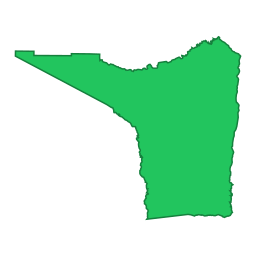 San Javier, Córdoba, Argentina (orthographic projection)
{"feature_id": "61730980B55835159827036", "entity_name": "San Javier", "entity_type": "district", "adm_level": 2, "iso_a3": "ARG", "parent_name": "Argentina", "parent_adm1": "Córdoba", "projection": "orthographic", "projection_center": [-65.109, -32.093], "detail": "fine", "context": "isolated", "style": "filled", "palette": "green", "viewbox_px": 256, "rotation_deg": 0, "n_neighbors": 0, "source": "geoboundaries", "source_scale": "gbopen_adm2", "svg_char_len": 5863}
<svg xmlns="http://www.w3.org/2000/svg" viewBox="0 0 256 256"><path d="M240.6,56.2L240.2,56.0L240.1,55.4L239.3,55.0L238.6,53.9L235.1,52.7L234.2,51.8L233.3,51.6L232.2,50.9L231.5,50.1L230.9,48.6L229.8,48.1L228.8,46.7L228.5,45.6L226.7,44.5L224.6,42.5L222.3,41.4L220.2,39.6L219.7,39.5L219.4,38.8L219.6,37.7L219.4,37.3L218.5,36.8L217.4,37.9L217.4,38.7L216.0,38.8L215.8,39.2L215.9,39.4L215.8,39.5L214.7,38.9L214.3,38.9L213.5,38.6L214.0,39.5L213.9,40.1L213.6,39.9L213.4,39.5L213.2,39.5L213.1,40.0L212.9,39.9L212.5,40.1L212.4,40.4L212.8,40.9L212.5,41.4L212.2,41.3L212.0,41.5L211.3,41.1L210.7,41.2L210.6,41.6L210.9,41.4L211.4,41.6L211.9,42.1L211.9,42.4L211.5,42.8L211.9,43.3L211.8,43.5L211.6,43.5L211.4,43.9L210.7,43.7L210.8,44.1L209.5,43.8L209.1,43.3L208.6,43.3L208.4,42.8L208.3,43.2L208.1,43.0L207.8,43.0L207.6,42.6L206.8,42.1L206.4,41.1L205.9,40.8L205.5,41.2L205.4,40.7L204.8,41.1L203.9,40.9L202.9,41.6L202.0,41.5L201.9,41.9L202.1,42.5L202.0,43.1L201.2,43.4L200.1,43.1L199.8,43.5L199.9,44.7L199.5,45.6L199.1,45.8L198.1,44.4L197.8,44.2L197.4,44.3L196.6,45.0L196.7,45.5L197.3,45.9L197.4,46.2L197.4,46.5L196.9,46.9L195.1,47.4L194.0,48.3L193.0,48.2L191.9,47.6L192.1,48.5L191.0,49.5L190.3,49.6L190.1,50.0L190.0,51.0L187.9,51.6L187.6,52.0L187.9,53.3L187.8,53.8L186.4,55.6L185.9,55.0L185.3,55.8L184.3,56.1L181.8,55.5L181.8,55.9L182.8,57.6L182.6,58.2L181.8,58.6L180.7,58.6L179.6,57.3L179.0,57.2L175.8,58.6L174.8,59.5L174.2,59.5L172.2,60.1L171.7,60.5L171.1,61.6L170.1,61.9L168.9,62.5L167.6,62.7L167.2,62.5L166.8,61.8L166.2,61.5L159.1,62.6L158.5,62.9L158.1,64.8L157.4,65.4L157.2,65.7L157.5,66.5L157.5,67.4L157.2,68.0L156.7,68.2L153.1,68.2L151.6,67.0L151.5,66.2L150.1,64.4L149.1,64.5L147.3,65.8L147.0,66.2L147.1,67.4L147.6,68.5L147.0,69.1L146.1,69.3L145.1,68.7L145.1,68.4L144.2,68.2L143.0,68.6L142.6,69.5L142.1,69.8L141.3,69.9L140.5,69.7L138.1,69.4L137.1,69.6L136.3,70.2L134.3,69.9L133.9,70.2L133.9,70.4L133.4,71.0L133.4,71.4L133.2,71.5L132.5,71.0L131.7,71.0L131.3,70.7L131.0,69.8L129.9,69.6L128.0,70.2L126.9,70.3L126.4,70.0L125.8,70.1L125.2,69.3L124.4,68.8L123.9,68.8L122.9,69.0L121.1,68.4L120.4,67.9L119.0,67.7L118.6,67.5L118.3,66.9L116.9,66.8L115.4,65.9L114.5,65.6L112.9,64.5L112.4,64.6L110.6,64.0L109.3,65.0L108.7,64.9L108.1,64.5L106.6,62.9L103.4,62.0L102.8,61.6L102.4,61.2L102.3,60.0L101.0,59.9L99.9,60.6L99.6,57.1L99.7,54.2L89.8,53.9L71.4,53.7L71.4,55.7L33.9,55.5L33.9,51.3L15.5,51.1L15.4,56.1L106.9,104.6L111.4,107.5L111.9,107.4L112.4,107.9L113.0,108.0L113.4,109.4L113.6,109.7L113.9,112.3L114.2,112.7L115.7,112.4L116.0,112.6L116.5,113.6L117.8,114.3L118.5,115.3L118.7,115.1L118.9,114.1L119.3,114.2L119.6,114.5L119.6,115.8L119.9,116.3L122.0,116.9L124.3,118.9L125.0,119.7L127.1,120.6L128.3,121.7L129.8,122.4L130.9,123.6L131.1,124.3L132.2,126.4L132.5,126.6L133.4,126.6L133.8,126.5L134.4,126.7L135.2,126.6L135.6,127.0L135.8,128.3L136.1,128.9L136.4,130.1L136.9,130.7L137.2,132.4L138.0,133.4L138.0,134.2L138.4,134.8L138.5,135.2L137.4,135.5L137.1,135.9L138.6,137.3L138.6,137.6L138.4,137.9L137.0,137.9L136.6,138.1L136.5,138.9L136.8,139.7L137.5,140.2L138.2,141.4L138.8,141.8L139.0,142.2L138.9,142.6L138.7,142.8L138.5,144.1L138.7,146.2L139.3,148.4L140.2,149.7L140.3,150.2L140.2,151.0L139.5,151.7L139.3,152.2L140.1,153.5L139.9,154.2L140.1,155.5L140.6,155.7L141.0,155.5L141.3,155.7L141.4,156.2L141.1,156.6L140.6,156.8L140.4,157.1L140.8,157.3L142.1,157.0L142.5,157.3L142.3,157.8L141.7,158.8L141.7,160.2L142.0,161.7L141.9,162.1L141.1,162.9L140.7,163.8L140.5,165.4L141.3,166.1L141.4,166.9L141.3,167.7L140.7,168.8L140.5,170.1L139.9,170.6L139.9,173.5L140.4,174.7L141.4,175.9L141.6,175.9L142.3,176.9L143.6,177.2L143.8,177.4L144.7,179.9L145.5,181.1L145.2,181.8L145.3,182.3L146.2,182.4L147.1,183.7L146.6,184.5L146.4,185.3L146.5,187.6L146.7,188.5L147.1,188.8L147.8,188.9L147.1,189.8L147.7,190.8L146.5,192.9L147.9,193.2L148.3,193.9L147.9,194.3L146.5,194.7L146.1,195.2L145.7,196.5L146.2,198.2L145.2,199.2L145.1,199.9L144.4,200.6L144.2,201.2L144.6,202.2L144.5,203.0L144.5,203.8L145.7,204.6L146.1,205.6L146.3,205.9L146.3,208.3L146.6,208.8L147.4,209.2L148.0,210.2L148.1,210.6L148.0,211.7L147.6,212.4L147.4,213.0L147.6,215.8L147.4,216.3L147.6,216.8L147.6,217.3L147.7,218.0L146.8,219.2L188.0,214.4L190.9,214.8L194.6,216.0L195.5,215.3L196.6,215.2L197.0,214.9L197.7,215.1L197.9,214.8L198.7,214.6L200.4,215.1L201.1,214.9L201.5,215.2L202.0,214.9L204.6,215.9L206.6,215.7L206.9,215.4L207.4,215.6L208.0,215.2L209.9,215.3L210.1,215.0L211.5,215.4L212.8,215.2L213.3,215.5L215.1,215.7L218.2,214.6L221.8,215.9L222.3,216.4L222.6,216.3L222.8,216.8L224.7,217.4L225.7,216.6L226.4,216.6L227.4,216.1L228.5,216.1L230.2,215.4L231.1,214.1L231.3,213.3L232.4,212.5L232.1,212.0L231.9,210.9L231.4,210.3L231.5,207.9L231.3,207.2L230.4,206.8L230.8,205.7L231.1,205.8L230.7,204.4L229.6,202.1L230.9,202.2L231.3,198.7L231.1,198.0L231.2,196.2L230.8,195.9L231.5,195.9L231.4,194.7L232.2,194.9L232.1,193.9L231.9,193.5L231.2,193.4L231.0,192.4L230.0,190.9L230.9,191.1L231.0,190.2L230.7,188.8L231.4,188.5L231.5,188.2L231.4,185.8L231.9,185.1L232.6,185.0L232.9,184.7L231.8,184.1L231.8,183.7L231.0,182.7L230.4,182.8L229.9,182.6L229.4,181.1L229.4,180.5L229.9,180.0L229.7,179.5L229.6,178.1L229.9,177.0L229.9,176.1L230.3,175.1L230.6,175.1L230.7,172.6L230.5,171.5L230.0,171.0L230.0,168.5L230.5,166.5L231.5,164.8L232.2,162.2L232.0,160.4L232.0,158.1L232.6,156.6L232.6,155.2L233.6,152.5L233.5,151.8L231.7,147.8L231.9,146.7L232.5,146.2L232.6,142.8L233.4,137.9L234.1,136.0L234.2,132.0L235.8,129.6L236.8,126.3L238.2,117.4L237.9,112.7L239.0,110.4L238.4,108.2L239.0,105.2L237.7,103.3L237.1,102.7L236.5,102.5L236.4,101.6L236.1,100.8L236.0,97.9L236.4,94.4L237.1,92.5L237.3,91.1L236.9,89.6L237.3,87.8L237.0,86.4L237.7,84.9L238.5,79.3L237.9,77.9L236.8,76.6L237.1,75.5L238.4,74.1L239.3,72.0L239.5,71.0L239.0,69.1L238.0,68.0L238.0,67.1L238.8,66.4L238.8,65.4L239.5,63.9L239.1,60.5L239.6,58.9L240.6,56.2Z" fill="#22c55e" stroke="#15803d" stroke-width="1.5"/></svg>